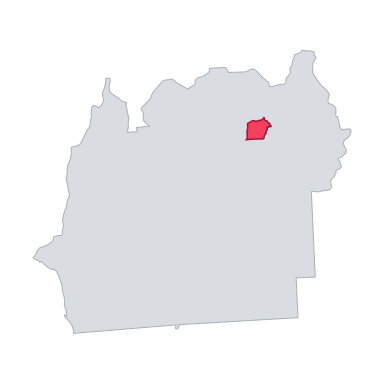 location of At Tawisha, North Darfur, Sudan, rotated 177°
{"feature_id": "16777658B99134318369126", "entity_name": "At Tawisha", "entity_type": "district", "adm_level": 2, "iso_a3": "SDN", "parent_name": "Sudan", "parent_adm1": "North Darfur", "projection": "albers", "projection_center": [26.309, 12.46], "detail": "fine", "context": "in_parent", "style": "filled", "palette": "rose", "viewbox_px": 384, "rotation_deg": 177, "n_neighbors": 0, "source": "geoboundaries", "source_scale": "gbopen_adm2", "svg_char_len": 5411}
<svg xmlns="http://www.w3.org/2000/svg" viewBox="0 0 384 384"><g transform="rotate(177 192 192)"><path d="M272.1,309.9L268.4,310.0L268.0,309.1L267.9,306.7L268.3,304.9L269.6,301.9L269.2,300.3L269.3,298.1L268.3,295.5L259.2,288.4L257.4,286.4L252.6,284.6L253.4,282.5L251.1,267.4L252.0,265.6L252.2,262.9L252.1,260.6L253.1,256.7L253.2,255.0L243.8,255.1L243.8,256.8L244.2,258.7L244.2,259.4L231.2,259.8L236.5,265.6L236.8,268.2L236.6,271.5L236.7,273.6L237.1,274.9L238.5,277.6L238.4,278.1L238.1,278.7L229.0,286.8L227.5,290.6L226.3,292.5L223.7,295.8L215.3,304.5L213.9,305.1L207.5,305.5L206.8,305.7L206.3,306.1L206.0,306.0L200.4,301.1L191.0,295.2L184.8,298.5L183.1,299.6L183.2,302.5L182.2,304.0L180.6,305.6L176.0,306.7L173.7,307.6L170.8,309.2L168.1,312.0L167.9,313.4L168.2,314.6L152.4,314.7L151.4,313.7L149.0,309.2L147.4,309.5L133.0,309.1L131.0,309.5L126.9,311.4L124.8,311.7L122.6,310.9L115.1,302.0L113.4,301.0L111.7,298.8L110.1,297.9L109.6,297.3L109.4,296.3L109.4,294.4L108.9,293.2L107.7,292.9L97.6,294.9L96.1,294.7L94.0,295.0L93.3,295.4L92.4,296.5L92.2,299.0L92.0,300.2L91.2,301.5L88.3,304.5L87.6,305.8L87.7,309.1L87.5,310.7L87.1,311.5L85.8,312.8L85.4,313.5L84.8,317.7L83.2,320.3L82.8,321.2L82.7,323.0L82.5,323.6L77.8,325.0L76.1,325.9L75.0,327.3L74.8,327.9L72.8,327.4L70.3,327.0L65.5,326.5L63.6,325.8L62.7,324.8L63.0,322.3L62.5,321.7L61.7,321.2L61.2,320.1L61.4,318.8L63.9,315.9L64.5,314.3L65.2,306.9L65.0,304.6L63.1,300.4L58.5,293.2L57.4,291.8L51.7,285.8L51.1,284.9L49.7,282.4L51.3,277.0L51.5,275.4L51.1,273.9L49.6,272.7L48.3,272.5L46.7,271.1L45.6,270.4L44.6,269.1L43.9,267.3L44.5,260.8L44.2,260.0L42.7,259.7L42.4,259.2L42.5,258.0L41.7,254.3L40.9,251.3L41.4,249.6L40.2,247.3L37.9,246.3L33.3,246.9L31.9,246.8L30.9,246.3L30.3,245.5L29.9,244.5L30.3,243.0L31.6,240.3L33.3,238.1L36.6,236.1L37.5,235.0L38.0,233.8L38.1,232.4L37.9,230.9L37.6,229.6L36.6,227.8L35.8,225.7L35.8,224.3L36.2,223.3L37.1,222.1L40.4,219.8L43.7,217.8L44.3,217.2L44.1,216.3L42.6,214.7L42.2,211.5L41.4,209.3L43.1,207.7L44.3,207.1L46.3,206.6L47.0,205.9L47.3,204.6L47.2,203.3L47.9,202.4L48.9,200.4L49.7,199.5L52.2,197.2L52.8,195.6L53.0,194.2L52.4,189.7L53.8,187.9L55.7,186.4L58.4,186.5L62.6,186.2L65.4,185.6L67.4,185.6L72.0,186.5L72.5,186.1L72.8,185.0L73.4,100.6L92.3,100.8L92.5,100.6L92.7,61.0L210.5,60.2L211.5,60.1L213.3,56.3L214.0,56.1L215.3,56.3L215.7,57.1L214.8,60.1L317.5,57.1L317.9,61.6L318.9,65.2L322.0,70.2L324.6,72.9L325.6,74.4L325.7,75.1L325.6,75.8L324.8,75.0L323.5,74.6L323.5,77.0L324.3,81.9L325.5,85.4L324.8,88.6L325.2,94.1L326.7,100.6L326.6,104.8L329.2,114.5L331.5,119.8L332.7,121.1L334.1,121.7L336.6,122.1L340.4,124.7L343.4,127.5L344.5,129.0L346.0,130.6L347.0,130.2L347.5,129.8L348.6,131.1L353.3,133.8L354.1,135.1L352.5,136.5L350.6,138.9L349.8,141.1L349.3,141.8L347.9,143.2L347.6,143.8L347.0,144.3L346.3,144.3L344.7,145.1L343.3,145.0L341.8,145.4L341.3,146.0L340.2,146.4L338.7,146.8L336.3,148.7L334.3,149.6L333.6,150.4L332.6,154.0L331.9,155.0L328.7,155.2L327.2,155.6L325.1,155.3L324.1,155.4L323.9,156.1L323.6,159.2L323.7,160.6L322.1,164.2L322.9,170.7L321.4,175.7L321.2,176.9L319.6,180.8L318.8,182.3L316.9,189.7L316.1,192.0L314.4,194.4L316.9,211.9L315.6,217.4L315.7,220.3L314.8,224.7L314.0,226.7L312.7,229.2L311.6,232.0L310.7,235.6L310.3,242.4L310.0,243.0L304.4,244.0L302.6,244.6L301.5,245.4L300.1,247.1L297.4,252.0L295.9,255.0L293.7,259.0L291.1,262.0L290.5,263.3L290.1,265.9L289.3,270.0L288.4,272.9L288.7,275.2L287.9,279.2L288.1,281.2L287.2,282.3L285.9,283.4L285.0,283.7L281.0,281.1L278.3,283.0L276.6,285.7L275.4,288.4L276.3,293.9L276.3,295.1L275.9,296.4L273.5,302.0L272.8,304.5L272.1,308.8L272.1,309.9Z" fill="#d9dde1" stroke="#a8b0b8" stroke-width="1"/><path d="M132.9,257.5L132.9,257.4L132.9,257.1L133.0,256.7L133.0,256.3L133.0,255.9L133.0,255.4L133.0,254.8L133.0,254.6L132.9,253.7L132.9,253.3L132.9,253.2L133.0,253.0L133.1,252.7L133.2,252.4L133.3,252.0L133.9,249.5L133.9,248.6L133.9,248.3L133.9,247.8L133.8,247.5L133.8,247.3L133.8,247.2L133.8,246.5L133.9,246.1L133.9,245.9L133.9,245.3L133.9,244.9L134.0,244.3L134.0,244.1L134.0,243.9L134.0,243.4L134.1,242.9L134.3,242.3L134.5,242.1L134.6,241.9L135.0,241.4L131.3,241.5L129.2,241.6L122.3,241.5L119.4,241.3L118.5,241.3L117.8,241.6L117.4,241.8L117.2,242.8L117.0,243.9L116.2,245.7L115.1,246.4L115.1,247.1L115.0,248.2L114.7,248.8L113.8,250.1L113.4,251.0L113.6,251.4L113.6,251.6L113.6,251.9L113.6,252.2L113.6,252.3L113.6,252.5L113.5,252.9L113.3,252.9L113.0,252.9L112.9,252.9L112.7,252.9L112.4,252.8L112.1,252.8L111.9,252.9L111.6,253.0L111.2,253.2L111.2,253.3L110.9,253.3L110.8,253.2L110.7,253.2L110.3,253.1L110.2,253.1L109.9,253.2L109.9,253.3L109.7,253.4L109.6,253.5L109.7,253.9L109.7,254.0L109.8,254.1L109.9,254.3L110.0,254.4L110.1,254.5L110.3,254.8L110.5,254.9L110.5,255.0L110.8,255.2L110.8,255.3L110.9,255.8L110.9,256.0L111.0,256.1L111.0,256.3L111.2,256.8L111.5,256.8L111.8,256.8L112.0,256.8L112.4,256.9L112.4,257.0L112.4,257.3L112.6,257.7L112.8,258.1L112.9,258.3L113.1,258.6L113.2,258.8L113.3,259.0L114.3,259.2L114.5,259.2L114.7,259.3L114.8,259.3L115.0,259.3L115.2,259.7L115.3,259.8L115.7,260.4L115.8,260.5L116.0,261.2L115.9,262.3L116.4,262.5L116.6,262.1L117.1,261.5L117.5,261.2L118.3,260.6L119.0,260.2L120.3,260.0L121.0,260.0L121.5,259.9L122.7,259.6L124.1,259.2L124.7,259.3L125.2,259.4L125.7,259.7L126.8,260.0L127.5,260.1L128.1,259.9L128.8,259.5L130.3,258.7L130.5,258.6L130.8,258.5L131.9,257.9L132.7,257.5L132.8,257.5L132.9,257.5Z" fill="#f43f5e" stroke="#9f1239" stroke-width="1.5"/></g></svg>